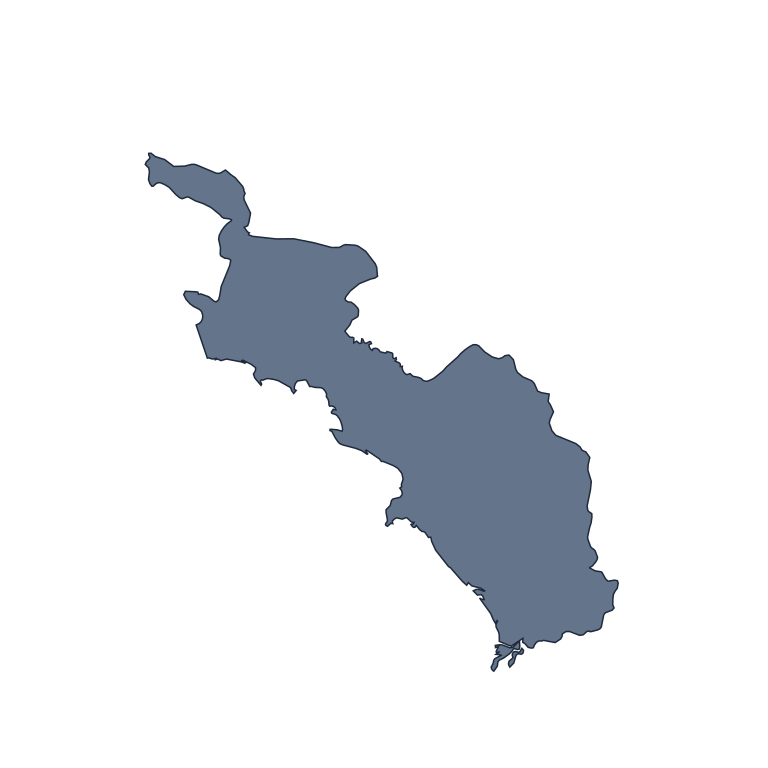 the border of Chocó, rotated 324°
{"feature_id": "COL-1415", "entity_name": "Chocó", "entity_type": "Department", "adm_level": 1, "iso_a3": "COL", "parent_name": "Colombia", "parent_adm1": "", "projection": "albers", "projection_center": [-77.125, 6.337], "detail": "fine", "context": "isolated", "style": "filled", "palette": "slate", "viewbox_px": 768, "rotation_deg": 324, "n_neighbors": 0, "source": "natural_earth", "source_scale": "10m", "svg_char_len": 6147}
<svg xmlns="http://www.w3.org/2000/svg" viewBox="0 0 768 768"><g transform="rotate(324 384 384)"><path d="M313.6,80.2L318.9,74.5L320.6,71.0L319.9,66.1L322.2,64.6L326.6,63.9L328.0,62.9L328.3,60.4L329.2,59.1L331.2,60.4L332.6,65.5L338.5,73.6L341.8,84.4L350.7,90.5L357.6,93.3L359.7,94.8L361.1,96.6L372.2,114.9L375.1,117.1L381.5,117.7L383.2,124.8L384.9,129.7L385.8,141.2L385.0,144.2L384.1,145.6L383.7,148.1L381.0,149.8L379.9,151.1L379.0,153.3L376.5,167.3L369.8,173.7L366.7,175.8L363.0,175.1L363.0,180.8L363.9,182.6L363.1,182.7L362.1,183.6L364.5,187.3L382.1,203.3L396.4,213.5L410.7,229.0L421.8,242.7L428.2,247.3L432.9,247.9L434.8,248.6L442.4,254.9L444.2,257.4L447.2,266.0L447.6,281.6L446.6,285.5L442.0,293.1L438.8,292.9L434.5,291.1L423.1,288.3L411.4,288.9L404.8,290.8L402.7,292.0L402.1,293.9L403.3,296.7L405.4,298.3L406.7,302.1L407.4,307.3L406.8,309.3L405.5,311.0L403.3,313.5L402.1,314.1L395.6,313.5L391.2,316.1L383.3,318.3L383.7,324.8L384.1,326.3L386.1,327.8L386.6,329.1L383.7,332.9L387.1,333.3L388.0,336.9L388.9,337.4L390.3,337.6L390.2,336.8L392.5,334.4L393.2,335.2L392.3,338.9L393.2,340.5L397.3,341.2L398.0,341.9L397.6,344.0L395.0,343.3L393.8,345.4L393.6,348.2L394.3,349.9L396.0,349.0L398.0,350.0L399.3,351.4L399.9,353.3L399.8,355.7L403.6,360.1L405.5,359.5L408.7,363.6L408.8,364.7L406.6,368.0L407.0,369.5L409.3,369.9L408.4,371.5L406.4,371.9L408.7,375.8L408.9,377.4L407.4,379.5L409.3,380.4L408.1,381.7L407.2,384.0L406.9,386.7L407.4,389.0L408.3,390.0L411.2,390.9L412.0,394.8L415.8,398.9L417.3,401.4L417.8,404.2L419.0,405.9L420.9,407.3L424.5,408.2L427.9,408.7L438.9,408.2L445.0,406.9L459.4,405.5L463.8,404.5L469.2,404.0L474.4,404.0L479.2,404.6L481.8,406.5L483.1,408.7L484.3,417.2L487.5,425.8L491.4,430.8L494.9,432.2L498.6,432.2L502.1,434.0L503.0,440.3L499.2,449.8L498.8,453.2L500.5,459.9L505.5,468.3L505.9,471.9L504.1,480.1L506.3,483.6L511.7,489.2L506.5,494.7L506.4,498.4L504.8,506.1L497.6,510.3L494.8,512.6L492.4,520.5L492.8,526.5L504.2,545.0L505.6,550.1L505.3,554.1L507.4,557.6L507.3,564.4L501.7,569.3L498.3,573.5L494.4,584.7L488.7,591.1L476.6,602.1L474.7,605.8L474.6,607.4L475.9,611.0L474.0,613.9L469.8,618.2L466.2,620.8L458.8,627.4L457.6,629.6L455.6,636.8L455.5,638.4L456.5,640.9L456.7,643.4L454.9,649.8L453.0,651.4L451.0,652.3L445.6,653.7L442.5,653.4L442.3,653.8L444.9,659.2L449.4,663.7L449.6,664.9L448.7,671.7L449.3,675.2L455.1,678.1L457.2,680.3L456.7,682.0L456.3,682.9L452.5,686.5L449.2,687.4L445.9,689.1L442.5,692.8L439.3,697.1L438.5,700.4L435.8,701.1L429.0,699.3L427.5,699.4L425.9,700.1L417.0,708.3L415.2,708.9L412.7,708.7L406.5,706.3L405.1,705.5L404.2,704.0L402.3,703.5L397.9,704.0L394.5,702.3L388.8,693.5L385.6,691.2L381.4,691.0L379.5,693.0L377.1,694.1L370.5,693.8L362.3,685.1L360.6,684.7L358.1,682.8L355.4,682.6L352.3,683.6L349.9,685.1L349.0,684.9L347.7,684.0L345.8,681.7L345.4,676.7L344.4,674.6L346.9,671.4L333.0,670.9L331.1,668.5L326.0,660.0L329.9,654.5L330.8,652.3L331.9,646.4L333.3,644.2L336.4,642.8L336.4,641.8L333.5,642.8L333.9,638.9L335.4,632.4L335.5,613.3L336.5,615.6L338.3,617.2L339.3,613.6L338.8,611.5L335.5,609.7L334.6,603.8L337.7,604.3L340.1,605.9L343.1,610.5L343.9,610.5L342.3,606.1L336.4,599.0L335.5,594.3L332.6,595.4L331.4,589.7L329.8,571.9L328.9,569.6L328.1,548.8L330.0,539.5L331.8,535.5L329.8,534.3L330.0,528.2L329.4,526.8L328.1,525.7L327.3,523.0L327.0,517.4L324.9,518.1L323.7,517.5L323.2,515.9L323.2,513.5L324.1,513.5L325.3,514.5L327.0,513.5L325.6,512.6L325.0,511.4L324.0,506.0L323.2,505.0L319.4,504.1L315.8,499.9L313.8,499.3L310.4,499.7L309.5,500.7L309.1,502.2L307.4,500.7L303.3,501.2L302.4,499.6L302.7,498.4L304.0,497.6L305.7,497.3L306.9,495.9L310.2,489.1L311.8,486.9L317.5,486.0L321.7,482.6L323.7,482.3L330.5,485.1L333.6,484.1L334.5,483.3L335.6,480.3L335.6,477.5L337.9,477.5L339.0,475.5L343.5,472.2L345.6,467.6L345.9,466.0L345.6,460.2L343.5,455.3L337.8,446.2L336.4,445.1L336.3,442.0L330.9,427.1L329.8,427.1L329.8,430.9L329.0,430.9L326.8,424.8L323.2,419.3L314.8,409.0L313.3,406.5L312.8,404.5L312.9,399.0L314.0,391.6L312.9,389.9L313.9,389.0L319.0,393.3L322.3,397.5L323.7,396.5L325.1,394.1L327.0,389.0L327.5,386.4L327.5,381.9L327.0,380.4L324.5,376.9L324.9,375.8L328.1,374.6L328.4,375.5L329.9,376.6L330.4,374.5L329.9,372.5L328.7,371.0L327.0,370.0L327.0,369.0L329.1,365.5L329.8,363.3L329.9,360.4L331.7,358.3L332.3,355.2L332.0,352.1L330.9,350.0L326.2,346.2L323.8,343.3L322.4,342.4L323.3,336.2L322.9,334.4L315.8,330.7L312.6,331.5L309.9,333.5L308.3,335.7L309.2,337.6L305.4,338.6L305.4,335.1L306.3,331.9L300.6,319.5L297.8,315.8L293.9,311.9L291.9,310.6L288.3,309.7L287.1,308.6L285.6,309.1L284.9,312.2L283.7,312.8L283.0,303.2L284.2,299.2L288.0,297.6L289.7,295.2L288.0,289.7L283.7,281.6L282.8,281.6L284.7,284.3L284.7,285.4L283.7,285.4L281.4,282.1L271.2,271.2L265.9,269.3L264.0,265.9L262.0,265.3L263.0,264.4L261.2,263.9L259.6,262.6L257.3,259.6L256.3,259.2L266.7,225.8L270.0,226.5L273.0,226.0L275.7,224.4L277.7,221.9L279.0,218.3L278.6,215.3L275.5,209.3L274.2,205.0L273.6,199.1L274.5,194.0L277.8,192.2L286.0,198.8L287.4,200.3L286.7,202.5L288.7,203.4L293.5,210.4L295.2,217.3L296.6,218.9L299.8,218.6L303.2,215.8L309.5,209.5L328.8,197.5L332.8,193.8L331.9,191.2L329.1,188.6L327.3,184.5L327.7,182.8L331.8,177.6L335.3,169.7L338.2,166.8L342.4,164.6L347.1,163.0L351.2,162.2L356.3,162.2L357.1,161.6L356.0,159.5L351.9,155.7L351.0,153.7L350.7,150.3L347.8,139.5L343.8,131.8L338.9,124.7L336.0,118.4L334.9,117.0L329.6,115.5L328.1,113.1L326.9,108.1L325.8,98.6L323.8,93.8L321.5,89.9L320.1,88.7L317.8,87.9L313.6,88.3L312.4,87.5L312.4,84.3L313.6,80.2ZM330.8,671.4L333.6,672.8L339.3,671.8L342.0,672.3L339.5,676.3L337.7,678.0L335.9,677.3L333.5,674.2L330.1,675.5L326.8,676.0L319.5,676.0L315.1,675.2L313.0,675.6L309.8,678.9L304.1,680.9L303.6,679.7L303.6,677.8L304.3,676.0L307.4,674.6L310.5,672.0L312.2,671.4L319.3,672.3L318.7,671.2L315.6,668.5L320.4,668.5L317.1,667.7L317.4,666.4L322.2,663.7L319.3,662.8L320.4,660.9L324.1,662.8L326.2,664.5L330.8,671.4ZM319.4,687.0L319.7,684.7L320.6,683.1L322.2,681.8L327.4,681.3L328.5,678.5L329.8,677.5L331.5,677.0L333.0,677.6L335.4,680.3L336.3,680.6L340.1,678.9L340.4,681.4L338.3,683.4L336.4,683.4L334.2,681.3L332.9,680.9L331.2,681.2L325.0,686.0L319.4,687.0Z" fill="#64748b" stroke="#1e293b" stroke-width="1.5"/></g></svg>